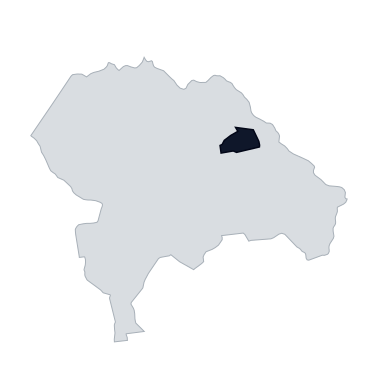 Nagero, Western Equatoria, South Sudan (highlighted), rotated 173°
{"feature_id": "79223893B92049236674471", "entity_name": "Nagero", "entity_type": "district", "adm_level": 2, "iso_a3": "SSD", "parent_name": "South Sudan", "parent_adm1": "Western Equatoria", "projection": "natural_earth1", "projection_center": [27.894, 6.408], "detail": "fine", "context": "in_parent", "style": "filled", "palette": "ink", "viewbox_px": 384, "rotation_deg": 173, "n_neighbors": 0, "source": "geoboundaries", "source_scale": "gbopen_adm2", "svg_char_len": 3890}
<svg xmlns="http://www.w3.org/2000/svg" viewBox="0 0 384 384"><g transform="rotate(173 192 192)"><path d="M309.6,308.2L298.4,321.2L297.6,322.0L296.2,323.0L291.6,323.1L287.0,322.4L282.6,319.1L278.2,321.7L275.5,322.5L273.8,322.8L269.9,323.2L264.4,324.6L261.9,326.4L260.6,327.8L259.4,330.3L258.9,330.6L257.9,330.3L256.5,329.2L253.5,327.8L252.1,324.5L250.7,322.6L249.6,321.5L244.9,324.8L242.6,325.5L240.8,325.4L237.4,323.6L233.7,322.1L231.8,322.1L228.9,324.0L225.6,326.9L223.9,329.8L223.1,331.5L222.0,328.9L220.9,327.2L219.3,326.6L216.2,327.2L215.4,326.3L215.2,324.1L214.8,322.0L214.0,320.5L211.6,318.9L205.4,315.8L200.6,309.6L198.2,306.7L196.4,304.8L193.9,299.9L191.1,296.5L187.6,294.9L185.3,295.7L183.0,299.3L178.6,302.7L176.6,302.8L174.0,301.0L170.7,299.7L164.9,299.1L162.5,300.7L159.3,303.3L156.6,304.9L155.0,305.1L153.4,304.4L151.7,304.1L150.1,304.0L147.0,301.7L145.4,299.9L144.3,298.2L142.5,297.1L140.5,296.1L139.0,294.6L138.3,292.8L137.1,290.4L135.6,288.2L130.8,284.3L129.4,282.1L128.4,279.8L126.4,277.4L124.4,274.1L123.7,269.2L123.6,265.3L123.2,263.5L122.3,261.7L121.3,260.2L119.6,258.5L115.7,256.0L111.7,253.1L109.8,251.4L106.1,250.8L103.9,249.2L102.1,245.5L101.3,242.6L99.5,240.4L98.7,238.7L98.3,236.8L99.7,231.1L97.6,229.0L94.4,226.4L92.2,223.5L90.8,220.9L86.7,217.4L77.9,212.1L72.7,208.8L69.9,205.8L67.5,202.8L67.3,201.6L68.8,198.7L69.1,196.3L67.8,193.6L62.5,188.6L58.3,183.1L55.1,181.4L47.4,179.8L45.1,179.2L42.8,178.2L40.6,175.7L39.8,172.8L40.9,168.1L40.2,166.6L38.9,166.2L39.3,165.2L40.7,163.0L43.1,161.5L49.5,159.2L49.8,158.3L50.0,155.3L50.5,153.9L52.7,149.8L53.0,148.2L53.1,144.7L53.4,143.1L54.1,141.9L55.8,139.9L56.4,138.7L56.7,136.0L56.5,130.8L57.4,128.7L61.4,123.9L62.5,121.8L62.9,119.9L62.9,118.0L63.1,116.1L64.3,114.2L65.3,113.6L68.3,113.0L70.3,113.4L84.4,110.1L86.0,110.6L86.8,112.5L86.7,115.6L86.9,117.1L87.7,118.2L89.9,119.6L91.5,122.1L92.3,123.0L94.6,124.7L105.0,138.7L108.0,140.1L110.8,139.6L116.5,136.7L119.4,135.9L139.3,136.8L141.6,136.3L144.7,143.4L146.2,145.0L168.0,145.1L167.6,143.1L167.9,140.9L171.7,136.6L172.3,136.0L175.7,134.0L179.0,132.6L185.3,131.0L187.6,128.4L188.9,126.1L188.9,121.5L189.8,120.8L191.3,119.7L198.6,115.6L199.8,114.7L212.8,124.3L220.1,131.8L220.5,132.2L220.9,132.3L221.3,132.1L221.6,131.7L222.5,131.4L225.6,131.3L231.5,130.9L233.4,130.0L245.2,116.5L248.2,112.2L248.9,111.3L250.6,108.3L252.4,103.0L252.8,102.4L265.7,89.8L266.1,88.8L266.2,88.0L264.3,83.7L263.8,81.6L263.7,78.2L264.1,73.1L263.9,69.8L263.8,68.9L263.7,68.7L256.4,59.4L274.6,59.3L274.7,58.2L274.6,57.8L274.3,56.7L274.0,55.2L274.1,54.4L274.2,53.6L274.2,53.2L274.1,52.8L274.1,52.6L287.3,52.7L287.1,55.3L285.6,61.5L285.6,65.2L285.3,69.5L284.8,70.7L284.2,71.7L283.9,72.2L283.9,72.7L286.8,96.4L286.6,97.4L285.8,98.9L285.6,99.4L285.6,99.7L285.9,100.0L292.0,102.6L292.3,102.7L292.5,102.9L294.7,106.0L306.6,117.2L307.0,117.8L308.3,121.3L308.4,121.9L308.5,122.7L308.4,123.4L308.1,125.5L308.2,126.4L308.5,127.1L308.6,127.8L308.6,128.0L308.5,128.5L306.8,132.6L306.2,135.5L306.0,138.0L306.2,139.4L306.4,140.3L306.5,140.6L306.7,140.8L311.8,140.8L311.8,142.1L312.6,163.5L312.6,165.9L312.4,168.9L311.8,170.1L310.4,171.8L308.5,173.3L303.9,173.7L300.1,173.7L297.3,173.3L293.6,173.2L290.1,173.5L288.8,174.8L284.2,186.2L282.7,189.0L282.4,190.7L282.8,191.7L284.6,193.1L288.6,195.1L293.2,196.3L296.6,196.8L298.9,197.4L300.7,198.0L307.3,203.2L309.4,205.6L310.5,207.7L310.8,210.0L311.8,212.2L317.7,219.3L323.4,222.7L325.5,226.5L327.6,228.3L329.6,230.3L330.7,233.2L333.2,241.8L334.8,246.3L336.5,249.9L337.2,255.9L338.6,258.6L339.9,261.8L342.2,264.7L344.7,267.0L345.1,267.6L320.7,295.4L309.6,308.2Z" fill="#d9dde1" stroke="#a8b0b8" stroke-width="1"/><path d="M158.4,227.1L146.2,227.7L145.7,227.5L143.0,225.9L119.6,228.5L119.2,230.3L119.5,234.1L123.6,246.3L140.9,250.8L139.1,246.6L146.7,243.4L153.7,239.3L156.3,235.5L158.5,234.8L158.4,227.1Z" fill="#0f172a" stroke="#020617" stroke-width="1.5"/></g></svg>